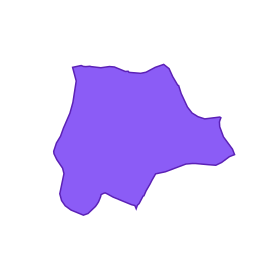 the district of Santa María de Jesús, Sacatepéquez, Guatemala, rotated 67°
{"feature_id": "79465075B23332784997029", "entity_name": "Santa María de Jesús", "entity_type": "district", "adm_level": 2, "iso_a3": "GTM", "parent_name": "Guatemala", "parent_adm1": "Sacatepéquez", "projection": "orthographic", "projection_center": [-90.695, 14.477], "detail": "fine", "context": "isolated", "style": "filled", "palette": "violet", "viewbox_px": 256, "rotation_deg": 67, "n_neighbors": 0, "source": "geoboundaries", "source_scale": "gbopen_adm2", "svg_char_len": 1114}
<svg xmlns="http://www.w3.org/2000/svg" viewBox="0 0 256 256"><g transform="rotate(67 128 128)"><path d="M194.1,40.3L188.3,40.1L173.5,43.6L162.7,43.1L158.2,41.5L157.2,40.7L155.8,39.4L154.9,38.5L153.8,39.2L149.6,53.8L144.9,59.2L139.2,63.2L131.9,65.1L117.1,65.6L108.7,64.8L108.0,65.5L98.2,66.8L89.4,67.0L83.4,70.3L82.8,79.2L83.7,89.6L82.6,95.0L77.2,105.3L75.8,105.7L74.9,108.4L66.5,116.7L64.2,121.0L61.9,129.5L56.9,138.3L56.3,138.9L55.9,140.2L55.0,142.9L53.9,145.0L52.2,146.7L50.5,155.3L64.5,157.3L82.9,168.7L91.7,175.7L101.5,186.0L102.5,187.1L109.2,193.3L113.8,199.7L120.4,205.5L122.8,206.2L129.3,205.9L139.4,203.9L145.0,204.8L161.9,216.5L168.8,217.5L175.1,216.2L181.3,212.5L190.8,203.1L191.1,198.2L187.5,188.6L185.9,186.0L184.4,183.9L180.6,180.1L178.8,178.8L178.6,176.3L178.8,174.4L180.7,172.7L185.8,168.7L199.9,154.8L201.1,153.2L202.0,152.0L205.5,152.0L202.8,149.6L201.9,147.3L196.6,140.8L196.6,139.8L192.9,135.9L188.1,129.5L185.7,126.7L181.0,120.5L182.9,110.7L183.8,88.8L185.8,82.7L187.2,79.5L193.2,68.3L196.6,61.7L196.3,55.3L194.0,45.8L194.1,40.3Z" fill="#8b5cf6" stroke="#5b21b6" stroke-width="1.5"/></g></svg>